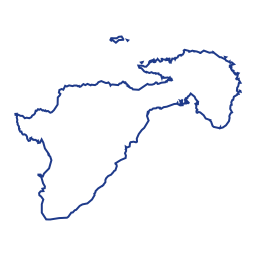 outline of Banggai, Sulawesi Tengah, Indonesia
{"feature_id": "22746128B48169474795911", "entity_name": "Banggai", "entity_type": "district", "adm_level": 2, "iso_a3": "IDN", "parent_name": "Indonesia", "parent_adm1": "Sulawesi Tengah", "projection": "natural_earth1", "projection_center": [122.763, -1.049], "detail": "fine", "context": "isolated", "style": "outline", "palette": "blue", "viewbox_px": 256, "rotation_deg": 0, "n_neighbors": 0, "source": "geoboundaries", "source_scale": "gbopen_adm2", "svg_char_len": 5750}
<svg xmlns="http://www.w3.org/2000/svg" viewBox="0 0 256 256"><path d="M46.2,219.4L50.1,219.5L59.0,218.1L67.0,217.7L68.3,216.8L71.3,212.6L72.7,212.5L74.7,210.3L76.2,209.8L79.7,205.9L82.4,204.4L87.4,203.4L92.0,199.5L94.6,195.1L94.3,193.7L95.3,192.7L95.6,191.1L98.2,188.4L103.2,185.2L103.0,184.7L103.1,185.1L105.4,182.2L105.4,180.0L106.1,178.3L108.1,176.1L111.2,174.6L112.8,172.6L112.6,172.2L113.0,172.5L114.2,170.9L115.4,170.3L116.8,166.1L116.4,164.5L115.6,164.0L115.4,163.3L120.8,160.0L125.6,158.0L125.9,155.6L125.0,153.2L126.1,151.0L126.1,148.9L125.4,150.2L126.0,148.6L125.8,146.7L127.0,147.5L129.6,146.5L130.0,143.2L130.6,142.2L133.6,141.7L136.0,142.3L137.0,141.7L136.8,138.5L138.8,134.0L141.8,130.0L144.2,127.9L148.6,120.6L147.0,115.9L148.7,112.4L148.6,111.9L147.6,112.9L147.8,111.8L148.3,111.8L150.1,109.8L151.6,109.8L153.1,108.5L156.1,108.3L157.0,107.6L158.8,107.5L160.1,108.7L160.8,108.7L160.8,108.3L161.3,108.7L163.6,107.2L166.8,106.7L174.2,104.0L176.9,103.8L177.5,102.9L177.8,104.1L180.2,105.4L182.5,105.2L182.1,104.2L180.7,103.4L181.1,103.0L180.4,101.8L180.9,101.5L180.5,100.9L181.3,101.2L182.7,99.4L182.0,100.4L181.9,103.0L182.5,103.5L182.7,102.6L182.6,103.6L183.1,103.9L185.0,103.4L185.3,101.5L185.9,101.0L186.7,101.7L187.0,101.1L186.6,100.2L185.9,100.7L185.1,100.2L185.1,99.3L186.4,98.5L186.2,98.1L187.5,97.9L187.8,96.6L189.3,95.6L190.7,93.5L194.6,96.7L195.6,99.1L197.7,101.4L197.1,102.1L197.3,103.4L198.0,102.9L197.9,104.1L197.0,104.1L196.7,103.2L195.4,103.8L196.4,105.7L196.1,108.1L197.4,109.9L196.4,111.1L196.6,112.5L197.3,112.8L198.7,112.0L200.2,112.4L203.7,115.3L205.7,118.5L210.0,120.0L209.7,120.3L211.0,121.4L212.6,125.9L213.7,126.9L219.7,128.2L220.1,127.6L220.1,128.2L222.8,127.5L226.0,125.3L229.0,121.1L229.6,117.8L229.3,116.2L229.9,114.7L230.8,113.1L232.1,112.4L230.2,108.9L230.5,105.8L230.9,105.0L231.7,104.8L231.3,102.3L232.3,100.0L233.2,99.8L233.9,96.7L237.3,94.7L237.4,93.9L238.6,93.9L238.2,93.1L238.6,92.3L236.9,90.8L237.2,87.7L238.2,86.3L238.9,83.0L240.5,82.8L238.6,79.6L238.7,78.9L237.0,79.4L236.2,78.8L237.4,77.0L237.8,74.4L238.6,73.3L237.4,72.9L235.9,74.6L235.4,74.5L234.9,73.9L235.3,73.9L235.1,73.1L233.1,71.5L232.7,70.6L231.9,71.1L232.7,70.6L231.9,70.4L231.1,68.3L230.7,68.6L231.5,67.8L231.4,66.7L230.7,67.5L230.5,66.7L229.8,66.8L229.8,66.4L230.3,66.6L230.1,65.4L234.0,64.2L231.7,62.3L230.3,62.9L229.6,62.3L229.6,61.5L229.1,61.9L226.0,60.5L225.4,59.5L221.0,57.2L219.7,57.2L213.3,52.3L213.3,53.6L213.2,52.2L209.4,52.7L203.8,50.6L200.4,52.9L200.4,54.0L200.4,52.8L196.8,51.5L194.3,51.1L194.2,52.4L194.2,51.2L192.4,50.7L189.2,51.8L188.9,50.9L184.6,49.8L183.7,50.5L184.1,52.0L183.5,53.5L183.9,54.0L183.5,53.5L182.6,54.7L181.4,54.9L181.1,56.4L181.0,55.3L180.3,54.9L178.4,55.7L177.6,57.4L175.8,58.2L175.2,59.3L174.8,58.2L174.2,58.8L172.3,58.6L171.4,60.8L170.6,60.9L170.8,62.6L170.1,62.6L170.0,61.6L169.3,61.6L169.2,59.8L168.3,59.9L170.3,58.4L168.4,58.9L166.7,58.5L165.6,59.8L162.0,59.2L162.3,59.9L161.9,61.0L160.2,61.7L157.6,59.0L157.1,60.4L157.2,59.7L156.1,60.2L155.4,61.9L154.7,62.2L153.6,62.1L153.4,61.4L152.6,61.0L151.4,61.7L152.0,60.3L149.9,61.0L149.1,62.1L148.9,63.8L146.2,66.7L144.5,66.7L142.9,65.8L138.4,65.6L139.3,67.8L141.5,68.2L144.1,71.3L146.3,72.4L146.6,71.9L149.4,73.0L151.5,72.2L153.4,73.2L155.6,73.1L155.8,73.7L158.5,73.4L158.8,74.3L161.0,75.2L161.9,77.9L162.1,77.2L162.4,77.8L163.5,77.1L163.9,77.9L167.8,77.5L168.7,78.3L169.8,77.4L170.0,78.2L171.4,78.6L171.9,79.9L171.4,79.9L171.3,80.4L167.8,80.0L166.8,81.7L166.2,81.2L165.2,82.3L161.4,82.7L158.7,83.8L157.6,83.9L156.8,82.6L155.9,82.4L154.1,84.0L151.9,84.7L149.0,84.7L147.5,83.9L138.8,89.8L132.9,89.4L132.1,88.3L130.2,87.8L127.9,86.2L128.7,86.0L125.7,82.9L125.4,83.3L124.6,82.8L126.1,82.3L123.7,82.2L123.0,81.6L120.8,83.5L119.5,83.6L118.2,85.1L112.6,84.5L111.1,84.8L110.5,85.5L110.0,84.1L108.4,82.4L107.0,83.0L105.6,82.9L101.3,81.1L98.4,82.2L97.1,83.9L95.0,85.1L91.4,84.7L90.7,85.3L87.5,83.9L85.3,85.1L83.4,84.1L80.6,86.6L79.5,86.8L79.0,85.9L77.8,86.2L76.8,85.5L74.1,85.5L72.7,86.1L69.1,85.4L66.8,86.5L65.2,85.8L63.3,89.7L61.7,89.0L59.4,90.0L58.9,92.6L60.4,93.9L59.8,95.3L57.8,97.4L57.6,104.6L53.9,110.2L51.8,112.2L50.3,112.7L48.0,111.0L46.2,111.3L45.4,110.4L44.5,110.9L43.2,110.2L42.5,110.5L40.6,109.0L39.1,109.8L38.0,109.2L36.6,110.9L35.7,110.7L35.0,113.3L34.1,114.5L32.2,115.6L31.3,117.2L29.3,118.2L26.6,117.7L24.8,118.2L22.6,115.9L20.4,115.8L18.3,114.7L17.3,115.0L16.7,117.4L17.3,119.8L17.0,122.0L17.7,123.2L17.6,124.5L18.9,126.4L19.0,128.8L19.5,128.9L19.4,130.1L20.3,131.7L21.4,131.6L22.1,133.6L23.1,134.6L24.6,134.3L26.1,135.2L27.0,136.7L27.2,138.7L28.6,140.9L30.0,140.6L30.7,139.0L30.2,138.3L31.2,137.8L31.2,138.5L32.7,139.1L33.2,139.9L35.7,139.9L36.9,141.0L37.8,140.7L37.7,141.5L38.3,141.5L38.2,143.0L40.0,142.7L41.6,139.4L43.3,142.6L44.9,148.4L48.8,154.0L48.3,154.2L48.6,155.2L50.2,156.5L51.4,160.2L49.1,168.4L44.0,173.6L42.8,176.5L42.0,176.5L40.6,174.6L38.4,174.6L38.4,175.2L41.3,177.1L43.1,183.3L44.9,186.4L44.7,188.2L42.4,188.7L43.4,191.1L40.6,191.3L39.1,193.1L39.4,195.3L41.1,196.5L43.3,199.5L41.8,204.2L41.8,212.7L46.2,219.4ZM121.6,36.5L118.8,36.8L116.7,38.3L111.2,38.2L110.4,39.9L111.3,40.7L112.3,39.9L115.9,42.7L118.8,40.1L123.2,39.8L123.3,39.2L121.6,36.5ZM16.3,115.0L16.7,113.8L15.4,113.9L15.5,114.9L16.3,115.0ZM141.6,63.1L142.4,62.5L142.6,62.0L141.0,62.4L141.6,63.1ZM187.0,103.4L185.3,103.2L185.3,103.5L187.0,103.4ZM225.4,57.7L226.0,57.2L225.1,57.0L225.4,57.7ZM127.6,40.8L128.1,40.3L127.1,40.0L127.6,40.8ZM162.1,59.1L162.0,58.0L161.8,59.1L162.1,59.1ZM240.6,91.7L240.4,90.9L239.8,90.7L240.0,91.5L240.6,91.7ZM154.1,60.2L153.8,59.5L153.1,60.2L153.5,60.3L154.1,60.2ZM188.6,102.6L188.3,102.3L188.4,102.8L187.1,103.0L188.1,103.2L188.6,102.6ZM186.4,102.8L186.9,102.7L186.1,102.1L186.4,102.8Z" fill="none" stroke="#1e3a8a" stroke-width="2"/></svg>